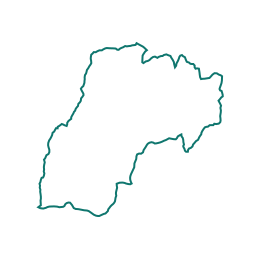 José Bonifácio, São Paulo, Brazil, rotated 351°
{"feature_id": "56859067B42507198027586", "entity_name": "José Bonifácio", "entity_type": "district", "adm_level": 2, "iso_a3": "BRA", "parent_name": "Brazil", "parent_adm1": "São Paulo", "projection": "orthographic", "projection_center": [-49.769, -21.098], "detail": "fine", "context": "isolated", "style": "outline", "palette": "teal", "viewbox_px": 256, "rotation_deg": 351, "n_neighbors": 0, "source": "geoboundaries", "source_scale": "gbopen_adm2", "svg_char_len": 3997}
<svg xmlns="http://www.w3.org/2000/svg" viewBox="0 0 256 256"><g transform="rotate(351 128 128)"><path d="M88.7,209.6L90.5,209.1L92.4,208.9L95.1,206.9L95.8,205.2L97.0,204.1L98.4,202.7L99.9,201.6L101.3,200.8L102.5,199.8L103.6,198.5L104.1,197.1L104.8,194.9L105.8,193.1L105.8,191.1L106.1,189.6L107.0,187.4L107.9,185.3L107.9,183.0L108.1,181.3L111.2,180.7L114.3,181.1L116.2,181.8L117.3,182.5L119.5,183.4L121.4,183.9L122.9,183.4L122.4,181.7L122.1,179.6L122.3,177.5L122.8,175.9L123.8,174.0L125.1,172.1L126.5,170.0L128.0,167.8L128.5,165.5L128.8,164.0L129.7,162.5L131.2,160.1L131.6,158.7L131.9,157.3L132.9,155.5L134.8,155.0L137.0,155.4L139.0,154.4L140.0,152.2L141.6,150.5L142.6,149.4L143.7,148.0L145.0,146.7L146.8,145.9L149.0,145.7L150.7,146.4L152.0,147.5L153.4,147.6L155.3,147.5L157.4,147.3L159.7,146.8L161.6,146.2L163.6,145.8L165.0,145.3L167.0,144.6L170.0,145.7L171.8,146.3L173.5,146.6L174.7,145.7L175.9,144.1L178.3,143.1L179.7,142.7L179.6,144.7L180.5,146.3L180.7,148.4L180.5,150.6L180.7,153.1L179.7,154.5L179.9,155.9L180.5,157.3L180.7,159.3L181.6,160.5L183.4,160.8L184.0,158.9L185.1,157.8L186.9,157.5L188.8,156.3L189.7,154.5L191.3,153.2L193.1,151.6L195.4,150.6L196.8,148.4L198.2,146.8L199.3,145.8L199.8,144.2L201.0,142.5L202.8,140.5L204.2,139.3L205.7,139.1L207.1,139.2L209.1,138.0L210.7,138.2L212.7,138.5L213.9,137.3L215.7,137.9L218.3,137.9L220.0,136.7L220.6,135.2L220.8,133.2L220.9,130.7L221.5,128.8L222.0,127.3L222.5,125.2L222.4,122.6L223.4,120.5L222.8,118.4L221.7,115.2L223.4,113.8L224.9,112.4L226.5,111.6L226.7,110.1L226.5,108.0L226.2,106.0L224.9,105.3L224.5,103.8L225.1,102.5L226.1,100.7L227.4,98.2L228.2,95.7L228.6,93.6L229.0,91.6L227.8,90.4L226.1,89.5L224.3,87.9L222.0,87.4L219.8,88.5L217.5,90.4L216.3,91.3L212.9,91.3L211.2,91.3L209.6,91.1L207.8,91.1L207.2,89.2L207.2,86.5L207.3,84.3L207.3,82.4L207.3,80.5L205.5,79.9L204.0,80.0L203.3,78.4L203.6,76.7L202.5,75.0L200.8,74.7L199.6,74.3L198.5,72.9L196.4,71.8L195.8,69.6L195.3,67.0L193.6,65.7L192.7,64.4L191.0,64.7L189.9,65.8L189.0,67.6L187.9,69.4L185.9,72.0L185.3,74.0L183.9,75.4L183.6,72.1L183.6,70.1L182.9,67.9L181.7,65.2L181.2,63.5L179.3,62.5L177.4,61.3L174.9,61.5L173.4,62.3L171.8,62.1L169.4,62.6L168.0,63.3L165.8,61.7L163.8,61.8L161.8,62.8L159.9,64.2L158.0,64.9L156.0,65.0L153.4,66.3L152.4,65.3L152.8,63.3L153.1,61.9L153.4,60.4L153.8,58.7L155.1,57.1L157.0,55.1L158.8,54.1L156.6,51.2L155.4,49.9L149.7,45.6L148.5,47.1L147.0,47.1L145.1,47.0L143.4,47.3L141.5,47.2L139.6,47.2L138.0,46.6L135.8,47.5L133.9,47.9L132.4,48.4L131.0,49.3L129.6,49.0L128.3,47.6L126.2,47.1L124.1,46.7L122.1,46.3L119.6,45.7L118.0,45.8L115.8,46.5L114.3,47.2L112.0,46.8L109.7,47.4L108.0,48.1L106.0,47.7L104.7,48.9L103.2,49.8L102.4,52.1L102.0,53.9L102.1,55.7L101.9,58.2L101.0,59.4L99.5,60.9L98.1,62.7L96.5,64.3L95.8,66.1L95.1,67.6L93.8,69.0L93.1,71.1L92.9,73.0L92.4,74.7L92.0,76.6L91.3,77.9L90.4,79.6L88.7,80.7L87.6,81.9L88.0,83.5L88.7,85.4L89.3,87.1L89.2,88.6L87.8,90.1L86.3,91.4L85.6,93.8L84.5,95.1L82.8,96.3L82.0,98.5L80.5,99.7L79.2,101.1L78.5,102.6L77.2,103.6L76.3,105.1L74.8,106.9L73.6,108.5L73.3,110.1L71.7,110.9L70.0,112.0L68.8,113.4L68.5,115.0L67.7,116.4L65.7,115.3L64.5,114.4L63.2,113.7L61.8,114.5L60.4,115.2L58.8,115.8L58.4,117.3L56.9,116.9L55.6,118.5L54.5,120.0L52.8,120.9L51.9,123.2L50.9,124.7L49.7,126.3L48.2,127.9L46.9,130.3L46.4,132.5L46.5,134.4L46.9,137.2L46.5,139.6L45.3,141.3L43.2,142.1L42.4,143.4L41.4,145.0L40.1,146.1L40.4,148.9L39.5,151.1L38.8,153.4L38.6,156.0L38.0,157.8L38.3,159.7L37.4,162.1L36.4,163.6L34.9,163.7L33.9,165.4L33.0,167.7L31.9,169.2L32.1,171.1L31.5,173.2L31.8,175.2L31.3,177.2L31.3,179.6L31.2,182.1L30.9,184.1L30.3,185.9L29.8,190.7L27.0,192.2L28.7,193.4L30.5,194.0L31.8,194.3L34.4,194.0L36.0,193.5L37.9,193.3L40.0,193.5L42.9,193.9L45.8,194.6L47.8,195.5L49.6,195.6L51.6,195.7L53.0,195.1L54.1,193.5L55.6,192.6L57.5,192.3L59.1,192.7L60.6,195.2L61.9,198.6L63.7,199.8L65.6,200.2L66.9,200.6L71.8,202.4L74.6,203.1L76.2,203.9L78.4,206.0L80.7,208.3L82.7,209.6L84.5,210.2L85.9,210.4L88.7,209.6Z" fill="none" stroke="#0f766e" stroke-width="2"/></g></svg>